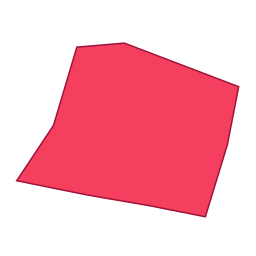 the state/province of Anibare, rotated 273°
{"feature_id": "NRU-4981", "entity_name": "Anibare", "entity_type": "state/province", "adm_level": 1, "iso_a3": "NRU", "parent_name": "Nauru", "parent_adm1": "", "projection": "mercator", "projection_center": [166.944, -0.519], "detail": "fine", "context": "isolated", "style": "filled", "palette": "rose", "viewbox_px": 256, "rotation_deg": 273, "n_neighbors": 0, "source": "natural_earth", "source_scale": "10m", "svg_char_len": 325}
<svg xmlns="http://www.w3.org/2000/svg" viewBox="0 0 256 256"><g transform="rotate(273 128 128)"><path d="M206.1,72.7L212.6,119.8L175.0,236.4L116.4,228.1L43.4,209.9L48.3,175.6L51.3,155.2L53.3,138.5L56.5,111.2L59.1,90.0L62.5,66.7L69.5,19.6L126.8,53.5L206.1,72.7Z" fill="#f43f5e" stroke="#9f1239" stroke-width="1.5"/></g></svg>